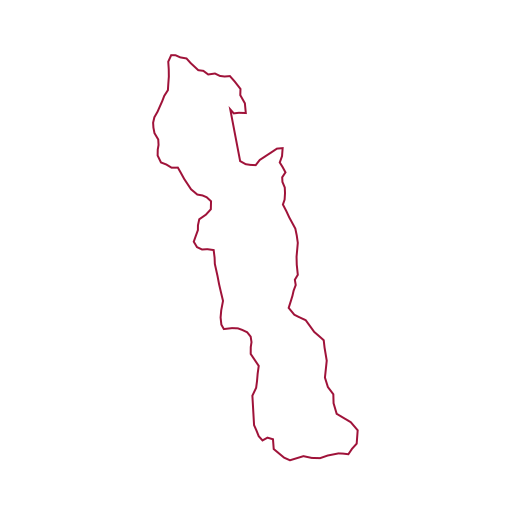 São José de Princesa, Paraíba, Brazil, rotated 341°
{"feature_id": "56859067B76950008134972", "entity_name": "São José de Princesa", "entity_type": "district", "adm_level": 2, "iso_a3": "BRA", "parent_name": "Brazil", "parent_adm1": "Paraíba", "projection": "robinson", "projection_center": [-38.097, -7.7], "detail": "fine", "context": "isolated", "style": "outline", "palette": "rose", "viewbox_px": 512, "rotation_deg": 341, "n_neighbors": 0, "source": "geoboundaries", "source_scale": "gbopen_adm2", "svg_char_len": 1927}
<svg xmlns="http://www.w3.org/2000/svg" viewBox="0 0 512 512"><g transform="rotate(341 256 256)"><path d="M236.3,43.7L234.3,51.0L232.0,58.0L229.5,63.8L226.7,70.5L221.4,74.7L217.8,79.0L213.6,83.5L209.9,87.5L205.1,91.7L202.1,96.5L200.8,101.2L200.0,106.8L201.5,114.0L200.0,119.3L197.7,123.5L195.7,129.0L196.6,136.6L201.0,140.3L204.9,145.0L210.9,147.0L211.9,152.3L213.2,159.8L216.3,171.8L220.5,178.8L225.1,181.3L228.5,184.4L231.3,189.6L228.5,197.1L222.1,200.6L214.3,202.8L211.1,208.1L209.5,212.6L205.3,217.8L201.8,222.2L203.1,228.4L207.1,232.3L212.2,233.7L217.9,236.6L216.3,244.1L214.5,250.1L213.1,262.4L211.9,270.7L211.1,278.4L210.2,287.7L205.5,295.9L202.5,302.6L200.9,309.6L201.8,314.6L209.9,316.4L215.3,318.5L218.9,321.4L222.8,325.2L224.7,330.5L223.7,336.0L221.4,340.4L219.1,346.9L221.2,354.8L222.8,360.8L219.3,367.7L216.2,374.7L213.2,380.7L207.1,386.9L199.1,415.3L199.6,421.0L199.9,427.3L202.1,432.5L207.7,431.5L212.4,434.8L209.9,444.3L216.9,455.8L221.6,460.2L235.7,460.7L243.0,465.1L250.8,468.0L258.9,468.0L269.7,469.5L273.8,471.1L278.8,473.5L284.1,469.5L290.1,466.2L295.4,453.9L291.5,444.0L280.9,431.5L281.4,420.5L284.1,411.9L281.3,403.3L281.6,393.4L288.8,378.0L291.0,364.9L292.6,357.7L289.8,352.7L286.3,346.7L284.4,340.4L282.1,332.9L276.6,327.6L273.1,324.0L270.0,315.7L274.3,309.9L277.5,305.5L280.3,301.0L284.1,296.4L285.0,291.1L289.4,287.4L291.7,277.5L294.1,269.9L299.8,257.2L301.2,249.9L302.1,242.9L300.0,230.3L299.3,223.5L298.2,216.1L301.4,212.0L303.9,206.0L305.5,200.6L305.1,194.6L306.4,190.1L311.1,186.5L310.1,180.5L308.9,175.3L313.1,170.1L316.3,162.7L310.8,161.3L290.8,166.4L285.3,170.0L280.3,168.0L276.1,165.8L271.9,161.1L279.4,109.0L281.4,113.9L286.4,115.0L292.9,117.5L295.2,108.0L293.5,98.8L295.7,93.0L292.7,84.2L289.9,77.4L284.8,76.1L280.5,74.0L276.6,70.1L269.9,68.8L266.5,63.8L261.9,61.5L257.1,52.5L254.6,46.6L249.0,43.5L245.3,40.0L241.2,38.5L236.3,43.7Z" fill="none" stroke="#9f1239" stroke-width="2"/></g></svg>